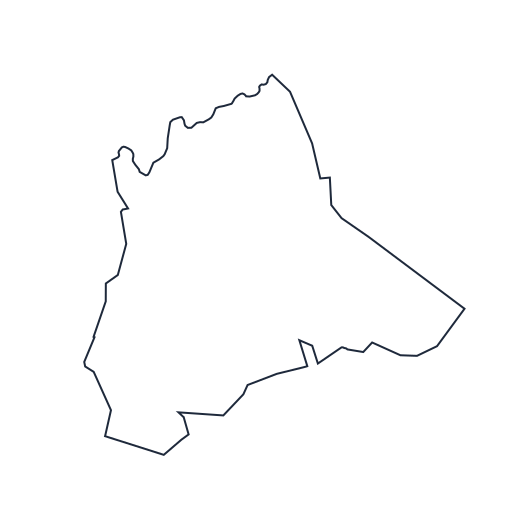 Henderson, North Carolina, United States of America (orthographic projection), rotated 167°
{"feature_id": "52423323B65725719955419", "entity_name": "Henderson", "entity_type": "district", "adm_level": 2, "iso_a3": "USA", "parent_name": "United States of America", "parent_adm1": "North Carolina", "projection": "orthographic", "projection_center": [-82.46, 35.322], "detail": "fine", "context": "isolated", "style": "outline", "palette": "slate", "viewbox_px": 512, "rotation_deg": 167, "n_neighbors": 0, "source": "geoboundaries", "source_scale": "gbopen_adm2", "svg_char_len": 1757}
<svg xmlns="http://www.w3.org/2000/svg" viewBox="0 0 512 512"><g transform="rotate(167 256 256)"><path d="M374.5,381.8L376.3,351.7L376.4,349.7L370.0,331.1L373.8,331.2L375.4,331.3L377.7,329.4L379.7,297.0L394.9,268.6L408.5,263.0L412.6,245.6L432.5,213.7L431.9,213.2L431.7,213.1L447.2,191.4L447.3,186.8L440.2,179.6L432.0,138.4L442.7,116.2L443.6,114.4L390.6,83.0L370.0,93.8L361.8,97.3L362.7,115.1L362.7,115.3L362.8,115.5L363.0,115.6L366.7,121.1L323.7,108.0L299.4,124.1L293.2,132.2L262.3,136.5L234.7,136.9L231.8,137.0L230.8,137.1L230.8,137.3L232.7,164.2L221.4,155.9L219.9,137.3L193.3,147.7L192.7,147.7L191.7,147.3L190.7,146.5L189.1,145.8L188.7,145.4L187.9,144.4L173.1,138.3L162.3,145.6L137.6,126.8L121.6,122.5L99.9,127.4L64.7,157.7L142.0,249.3L164.1,273.6L171.2,288.7L166.4,315.8L175.9,317.1L176.0,353.1L185.9,408.4L199.5,429.0L203.0,427.4L204.9,425.0L205.9,422.7L207.8,421.3L210.2,421.2L211.9,421.9L213.9,421.1L214.9,420.0L214.9,418.3L215.4,416.1L216.4,415.0L218.4,413.6L220.8,412.8L223.1,412.8L226.3,412.8L229.7,413.8L229.9,414.4L230.9,416.1L232.6,417.4L234.6,417.4L237.8,416.3L241.4,414.2L243.2,412.1L244.7,410.6L245.0,410.2L245.7,409.8L253.6,409.4L258.5,409.6L262.0,409.0L265.7,403.7L268.4,401.0L271.2,399.8L277.3,398.1L280.4,399.0L283.8,399.0L290.1,395.5L293.6,396.2L295.7,398.9L295.9,400.9L295.7,404.4L297.1,408.0L298.9,408.3L306.3,407.5L309.4,405.7L310.7,402.7L315.5,390.6L318.3,381.0L322.1,375.7L323.8,374.2L328.7,371.9L335.0,370.0L341.1,361.5L343.3,359.4L345.3,359.4L350.4,364.1L350.6,366.9L353.1,372.1L354.6,376.2L354.2,378.3L353.1,380.5L352.6,382.9L352.9,384.4L353.8,387.0L356.1,389.4L358.9,391.6L360.5,392.3L362.3,392.0L366.0,389.1L366.7,387.7L366.6,385.9L366.8,384.4L368.3,383.2L374.5,381.8Z" fill="none" stroke="#1e293b" stroke-width="2"/></g></svg>